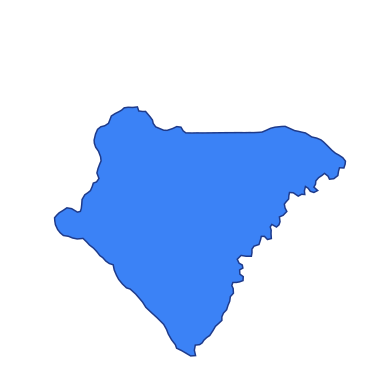 Aroeiras, Paraíba, Brazil (Robinson projection), rotated 132°
{"feature_id": "56859067B93377817008282", "entity_name": "Aroeiras", "entity_type": "district", "adm_level": 2, "iso_a3": "BRA", "parent_name": "Brazil", "parent_adm1": "Paraíba", "projection": "robinson", "projection_center": [-35.699, -7.545], "detail": "fine", "context": "isolated", "style": "filled", "palette": "blue", "viewbox_px": 384, "rotation_deg": 132, "n_neighbors": 0, "source": "geoboundaries", "source_scale": "gbopen_adm2", "svg_char_len": 2668}
<svg xmlns="http://www.w3.org/2000/svg" viewBox="0 0 384 384"><g transform="rotate(132 192 192)"><path d="M314.7,83.3L311.2,79.9L308.0,84.4L303.6,87.1L300.3,84.2L297.3,83.5L294.3,84.0L290.4,83.7L286.7,82.8L280.9,83.7L276.2,84.7L271.3,84.2L267.4,83.9L264.8,86.3L260.9,87.6L256.3,87.5L252.2,89.4L247.9,90.9L244.1,93.5L239.5,93.5L236.2,96.8L234.9,99.8L231.9,101.1L229.4,98.4L226.9,96.5L223.7,94.8L220.6,97.3L221.0,101.5L218.0,104.5L214.5,103.3L212.6,105.8L213.4,109.4L211.7,113.4L206.3,113.1L203.6,108.9L200.0,104.9L197.0,106.8L194.4,109.2L190.8,109.7L186.2,107.1L181.5,109.2L178.6,110.8L176.5,108.5L176.8,104.1L173.5,101.9L170.1,105.4L167.4,107.6L165.6,110.5L162.7,111.0L161.5,105.8L158.2,105.4L155.2,106.7L152.0,110.4L148.4,108.7L143.0,108.5L141.6,112.2L139.2,115.3L136.2,115.5L132.5,115.5L129.9,117.6L127.1,119.2L124.8,116.2L124.0,110.3L120.3,109.0L118.4,106.5L116.0,109.2L112.0,111.4L111.5,108.2L112.3,104.5L110.8,101.1L106.8,99.6L106.8,104.7L103.6,105.4L100.9,107.4L96.6,107.5L92.7,106.5L89.5,106.0L89.2,101.5L90.5,98.4L87.2,95.5L82.2,94.6L78.4,97.1L75.3,98.6L72.5,95.2L68.9,96.8L66.4,98.6L65.6,102.9L66.3,107.6L67.2,111.3L67.4,116.0L67.0,122.7L66.8,127.8L67.0,131.1L68.5,135.4L71.0,139.9L71.6,143.9L72.2,147.2L74.0,150.3L75.6,153.3L77.7,156.8L79.4,162.1L80.9,166.7L83.2,169.1L88.3,173.7L92.0,176.2L96.2,178.0L100.7,180.1L102.9,182.2L106.6,185.9L109.5,189.2L112.8,192.7L117.1,197.6L119.7,200.4L124.8,206.0L137.6,219.9L141.1,223.7L144.7,227.8L148.0,231.3L152.2,236.1L152.5,239.4L151.2,243.6L153.6,247.1L157.9,248.9L162.8,251.7L165.0,254.3L166.3,258.0L167.9,262.6L167.0,266.7L165.0,269.5L164.2,273.2L163.7,276.8L163.2,280.4L165.3,282.7L167.4,285.8L165.3,289.5L168.8,292.6L171.8,296.2L174.8,298.7L178.3,299.1L181.1,300.0L185.1,301.6L189.5,302.8L193.1,301.4L196.9,300.0L201.2,301.2L204.5,303.4L208.6,304.1L213.4,302.5L218.9,299.5L221.1,297.2L223.2,293.5L224.3,288.7L227.0,283.5L229.7,280.4L233.2,279.2L237.5,277.5L241.5,275.4L244.2,270.2L248.4,269.7L251.4,271.3L254.7,269.8L258.9,268.4L262.2,268.9L265.8,269.8L271.1,268.7L274.9,265.7L278.4,263.2L281.1,262.0L283.6,263.6L284.9,270.3L287.5,274.4L292.0,275.5L296.3,276.8L299.6,277.0L303.1,276.9L305.3,274.6L307.7,271.6L309.8,266.7L310.5,262.6L310.4,258.5L307.6,254.2L306.1,250.0L303.7,245.9L299.4,241.9L299.6,236.6L300.0,232.8L299.6,227.6L300.0,223.0L300.9,217.9L300.5,214.4L301.0,209.8L300.5,205.6L298.8,201.9L302.0,197.6L304.5,192.2L306.0,188.0L306.9,182.2L307.1,176.6L305.5,173.0L305.5,165.6L306.1,160.9L306.9,155.0L308.6,149.1L308.8,140.8L308.8,133.8L309.3,124.5L311.2,118.9L313.4,114.6L315.5,108.3L316.6,102.2L318.4,98.9L316.8,93.5L315.5,87.1L314.7,83.3Z" fill="#3b82f6" stroke="#1e3a8a" stroke-width="1.5"/></g></svg>